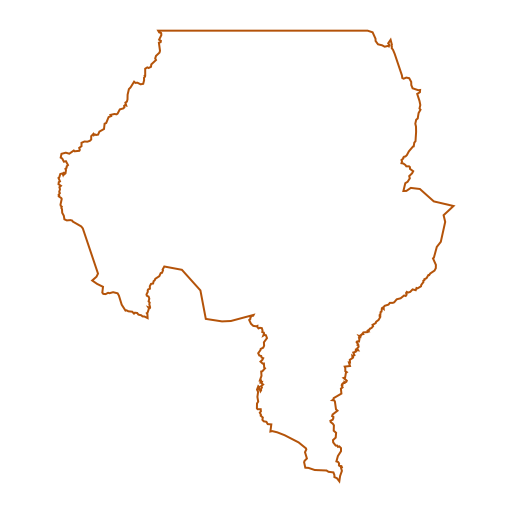 the district of Gurue, Zambezia, Mozambique
{"feature_id": "85939544B52550879093260", "entity_name": "Gurue", "entity_type": "district", "adm_level": 2, "iso_a3": "MOZ", "parent_name": "Mozambique", "parent_adm1": "Zambezia", "projection": "robinson", "projection_center": [36.983, -15.463], "detail": "fine", "context": "isolated", "style": "outline", "palette": "amber", "viewbox_px": 512, "rotation_deg": 0, "n_neighbors": 0, "source": "geoboundaries", "source_scale": "gbopen_adm2", "svg_char_len": 5981}
<svg xmlns="http://www.w3.org/2000/svg" viewBox="0 0 512 512"><path d="M420.1,90.0L418.3,90.2L412.6,88.3L411.3,85.1L411.2,81.9L409.2,78.2L406.3,77.6L403.6,78.7L402.3,78.0L401.9,75.3L394.7,53.9L393.0,49.8L391.7,48.1L391.9,46.7L391.4,45.9L391.9,44.8L390.6,39.8L388.2,43.3L389.3,44.8L388.8,46.4L388.0,45.9L384.7,46.7L382.1,45.3L378.0,44.3L375.6,41.0L375.5,38.7L372.6,32.3L367.7,30.7L158.2,30.7L159.2,32.4L161.1,33.0L161.3,33.8L161.3,35.2L159.1,39.7L160.9,40.9L160.6,42.2L158.9,42.7L160.0,50.8L159.5,52.6L156.0,55.9L155.2,58.4L156.0,60.0L151.3,64.4L151.0,66.8L148.6,68.0L147.3,67.4L145.2,68.7L145.2,75.5L144.7,75.7L145.0,76.6L144.0,77.8L144.1,80.2L143.2,83.8L140.6,84.3L137.4,82.7L135.4,82.9L134.1,81.7L130.5,87.5L128.9,89.1L127.6,94.7L127.5,99.4L126.9,101.6L125.4,102.6L126.2,105.5L125.0,105.1L124.1,105.9L124.4,107.3L123.3,108.4L119.8,109.4L117.6,113.6L116.6,114.3L114.4,114.0L110.5,114.9L111.1,116.1L108.6,117.1L106.2,123.0L104.6,123.7L104.0,129.0L99.4,131.6L98.1,134.6L96.0,135.0L94.9,134.4L93.9,135.2L93.4,133.9L91.2,136.2L91.2,139.5L89.9,140.8L87.4,141.7L84.5,141.5L81.5,142.8L81.5,146.2L79.2,147.9L79.8,149.9L79.3,150.8L74.6,151.3L73.8,150.5L69.3,153.7L65.8,152.7L61.5,153.8L60.7,157.6L62.2,158.5L63.9,161.7L65.9,161.2L68.0,165.1L66.7,166.3L66.6,167.8L65.4,168.9L66.0,169.9L65.5,173.3L64.9,173.8L65.0,173.0L63.9,172.8L63.1,174.9L62.5,173.4L60.3,174.0L59.2,177.5L58.5,178.0L60.0,181.4L58.8,182.1L58.5,184.2L60.9,185.8L59.4,187.2L60.0,189.2L59.2,191.9L59.9,193.1L58.6,194.9L59.2,195.5L58.8,196.4L61.3,198.1L61.7,199.0L60.5,204.6L60.7,205.7L61.8,206.7L61.3,207.9L62.0,209.2L62.2,212.8L63.8,215.7L64.4,219.3L66.8,220.4L70.4,220.1L72.2,220.6L72.8,221.6L81.2,226.4L82.8,228.4L98.0,273.6L96.5,276.7L92.2,280.5L97.1,283.9L103.0,286.8L102.3,292.6L103.3,293.9L105.6,294.1L108.1,292.8L109.5,293.2L113.1,292.2L117.6,293.3L118.9,295.6L121.7,304.7L125.5,310.6L126.5,310.3L128.3,311.3L132.2,311.7L134.0,313.6L134.9,312.7L137.2,313.0L138.4,314.6L141.3,315.3L142.5,316.4L144.4,316.5L147.6,318.1L147.4,314.2L146.8,313.2L147.5,312.8L149.0,308.4L148.3,307.3L149.9,307.9L150.1,307.3L149.3,304.2L149.7,302.6L148.6,301.4L149.3,298.7L148.6,296.6L146.8,295.7L146.5,294.4L147.8,291.8L147.7,290.3L148.2,289.4L149.9,288.7L149.8,286.2L151.0,283.9L153.1,283.5L153.6,281.2L154.7,280.3L155.3,278.8L159.3,276.2L160.7,273.1L162.0,272.8L163.0,270.3L162.6,269.6L164.3,266.5L181.9,269.8L200.4,290.4L205.8,318.9L222.0,321.4L230.9,321.0L253.6,314.9L253.2,315.7L251.6,316.0L250.4,317.6L250.3,319.0L249.2,320.0L251.0,323.8L253.3,325.9L256.3,326.3L257.4,325.9L257.4,327.0L258.5,328.4L259.9,327.8L261.8,328.1L262.5,330.3L262.3,332.1L263.8,332.6L264.1,333.4L263.3,335.6L264.5,334.9L265.9,335.2L267.0,338.1L263.9,342.3L264.1,345.7L263.2,347.7L260.7,348.9L260.4,350.2L258.2,353.2L259.3,355.5L261.2,356.0L261.6,357.5L263.2,358.2L262.4,359.8L260.5,361.6L262.7,363.6L263.9,363.5L264.2,367.6L265.0,368.3L262.4,371.2L261.2,371.5L261.5,375.8L259.9,380.4L261.7,380.2L260.8,380.8L260.5,382.4L261.9,382.1L261.5,383.2L263.1,384.5L261.0,386.3L261.9,387.4L260.9,389.5L261.1,390.3L260.5,391.2L260.2,390.2L259.2,389.5L259.1,387.0L258.3,386.2L257.0,389.6L258.1,391.9L257.4,396.9L258.2,401.6L257.0,403.5L256.9,408.3L257.6,409.2L260.7,409.2L260.9,411.4L259.8,412.7L261.0,414.9L260.7,415.7L262.8,417.5L262.4,419.8L263.7,421.3L266.4,421.8L267.7,424.1L271.3,424.4L270.4,431.5L272.2,431.1L277.2,432.3L284.6,435.2L298.6,442.4L306.0,448.4L306.3,449.5L305.0,452.2L306.9,458.5L304.6,460.8L304.1,462.2L305.3,467.7L308.5,467.9L314.7,470.0L326.5,470.5L328.5,471.8L333.4,472.4L334.4,475.0L334.4,477.1L336.9,478.2L339.3,481.3L340.1,476.0L341.9,470.9L341.0,467.7L341.9,467.3L341.4,466.1L339.4,465.9L338.9,465.2L339.1,463.4L338.1,462.0L336.4,461.4L337.9,456.0L341.0,451.2L341.0,448.1L339.3,446.4L338.0,446.9L337.2,445.6L335.7,445.6L333.2,442.4L333.0,440.1L335.7,437.6L336.1,432.8L333.7,430.7L333.9,425.3L332.8,423.7L330.7,422.1L330.4,420.8L332.7,419.7L333.3,418.2L333.4,416.9L332.1,416.1L332.6,414.5L337.5,410.7L336.0,409.3L334.9,401.5L334.2,400.4L332.4,400.2L333.3,399.5L333.7,398.1L341.4,393.6L340.9,388.6L342.6,387.4L341.7,385.6L341.9,384.6L342.5,384.8L342.9,383.1L342.5,382.9L344.4,383.0L344.4,382.1L345.0,382.5L346.3,381.8L346.8,380.7L343.6,378.0L345.1,377.5L345.9,372.9L346.8,372.2L345.3,371.2L345.3,368.2L344.7,366.6L350.0,366.0L348.9,362.4L350.0,362.5L349.8,359.8L352.5,358.1L352.3,355.8L353.2,356.5L353.3,355.5L354.4,355.1L353.3,352.5L355.6,351.8L355.8,350.0L356.6,350.6L356.9,350.1L358.2,350.3L357.1,348.5L358.6,346.8L358.3,344.9L357.6,344.9L357.8,343.9L356.6,342.1L357.2,341.4L359.0,341.5L359.4,339.3L359.0,337.9L360.0,337.5L359.1,336.1L360.0,336.5L359.8,335.8L360.5,335.3L360.6,336.2L361.9,334.2L363.0,334.1L362.6,333.5L363.4,332.4L367.6,332.1L367.7,331.4L368.6,331.4L368.3,330.9L368.9,330.2L368.5,330.1L369.6,329.4L369.8,328.7L371.5,328.0L373.1,326.2L372.5,324.9L375.7,323.1L376.1,321.8L378.6,319.9L380.3,316.9L379.6,316.1L379.7,315.1L380.3,315.1L380.6,312.1L381.5,311.6L381.9,308.2L382.4,307.8L383.7,308.9L383.6,307.1L384.7,305.8L388.5,304.6L389.8,302.9L392.7,302.9L394.2,302.3L396.7,299.3L400.6,298.3L404.1,295.5L405.7,296.0L406.6,294.7L406.1,293.0L406.8,291.9L407.9,292.6L410.2,291.9L412.6,289.4L415.7,290.2L416.5,288.0L417.5,288.4L421.0,286.3L421.3,284.8L423.4,282.1L423.3,280.8L424.5,279.9L424.4,279.2L426.5,278.2L428.4,275.0L429.2,275.1L430.2,273.5L434.5,270.6L435.8,268.2L435.9,264.9L433.0,258.4L433.9,257.6L436.8,246.9L440.8,241.8L445.2,221.9L443.6,215.2L453.5,206.0L433.8,201.4L419.9,189.0L410.8,187.9L406.4,190.9L403.4,191.0L405.3,183.2L407.6,181.8L409.8,178.3L409.2,176.1L412.1,173.3L413.2,171.2L410.0,168.9L409.9,167.1L409.0,166.3L406.3,166.3L405.4,165.0L403.3,163.5L401.5,163.2L402.0,161.3L401.5,160.0L403.3,158.5L403.3,157.5L404.1,156.7L405.4,156.5L406.8,155.2L408.9,151.3L412.9,146.6L413.7,146.4L414.3,142.6L415.5,141.2L416.1,131.9L416.0,126.6L415.3,123.7L416.2,119.7L417.7,118.5L418.6,113.0L420.5,109.7L419.5,108.5L420.3,105.0L419.5,101.0L417.2,93.9L419.9,92.2L420.1,90.0Z" fill="none" stroke="#b45309" stroke-width="2"/></svg>